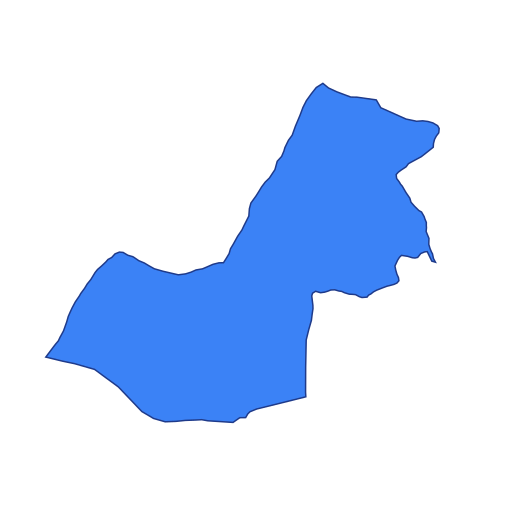 Etsako East, Edo, Nigeria, rotated 106°
{"feature_id": "59680162B2904770846082", "entity_name": "Etsako East", "entity_type": "district", "adm_level": 2, "iso_a3": "NGA", "parent_name": "Nigeria", "parent_adm1": "Edo", "projection": "albers", "projection_center": [6.475, 7.187], "detail": "fine", "context": "isolated", "style": "filled", "palette": "blue", "viewbox_px": 512, "rotation_deg": 106, "n_neighbors": 0, "source": "geoboundaries", "source_scale": "gbopen_adm2", "svg_char_len": 2759}
<svg xmlns="http://www.w3.org/2000/svg" viewBox="0 0 512 512"><g transform="rotate(106 256 256)"><path d="M440.4,308.1L440.4,297.6L437.0,287.3L433.5,278.6L430.5,269.4L428.3,263.0L427.7,257.0L422.3,232.2L419.8,230.2L415.9,227.0L414.2,221.4L410.1,220.4L407.4,218.9L402.9,213.2L383.7,179.8L377.6,169.3L373.3,170.8L348.9,177.7L322.9,184.6L312.3,185.0L305.1,185.0L302.6,185.0L297.0,185.9L291.0,186.7L287.8,187.7L279.0,191.4L276.2,191.4L273.5,189.0L273.5,183.8L271.8,180.0L269.9,177.1L268.1,174.8L266.8,171.0L266.8,166.7L266.4,163.9L266.9,161.1L267.0,155.9L266.3,152.9L265.7,149.7L266.1,147.8L266.6,145.5L266.7,142.7L264.9,137.9L262.6,137.0L260.8,135.1L258.0,133.1L255.6,130.6L251.7,125.5L248.9,121.7L247.6,119.4L245.3,115.6L243.2,113.1L240.4,111.8L237.5,113.1L234.7,115.5L231.0,117.8L227.3,119.7L220.9,118.7L217.6,117.7L215.3,116.3L214.5,110.1L214.6,105.4L214.1,102.6L212.8,100.2L208.2,98.3L205.5,94.9L204.6,92.6L212.5,85.6L212.5,81.8L209.5,84.7L205.2,87.0L203.7,88.5L200.8,90.8L197.2,93.1L191.4,94.6L188.5,96.9L185.6,99.2L181.9,99.9L179.7,100.7L176.8,101.5L173.9,103.8L171.7,105.3L168.1,109.0L167.4,112.0L164.5,117.3L161.6,121.8L158.0,124.1L153.6,129.4L148.5,134.7L147.1,136.9L145.6,138.4L142.7,142.2L139.1,143.7L136.2,142.3L133.2,140.0L128.9,136.3L125.2,134.9L123.0,132.7L118.6,128.2L115.0,124.5L109.9,120.8L102.6,115.6L98.9,116.4L94.6,116.5L90.9,115.7L87.3,114.3L85.8,114.5L82.9,115.1L80.7,117.3L79.3,122.6L79.3,127.8L80.1,133.0L82.3,139.0L82.3,140.3L83.0,149.5L79.1,176.9L72.8,183.4L75.5,202.7L77.1,208.7L75.9,223.6L74.5,232.6L71.6,239.3L77.4,244.5L84.7,247.5L92.8,250.4L96.5,251.1L97.8,251.4L98.7,251.5L100.0,251.8L108.8,252.5L114.6,253.2L120.4,253.9L129.9,254.5L135.8,256.7L143.8,258.1L147.4,258.1L153.2,258.8L159.1,261.7L167.8,261.6L170.3,262.4L177.3,264.6L182.4,267.5L188.2,269.7L193.4,271.1L198.5,272.6L206.5,275.5L212.3,275.4L219.6,273.9L226.9,275.3L230.6,276.0L234.9,276.7L241.5,278.9L243.0,279.3L250.9,281.1L256.0,282.5L261.1,282.5L266.3,283.9L271.4,285.4L272.8,289.8L275.8,295.0L280.1,300.2L283.1,303.9L285.4,308.7L286.0,309.9L289.7,314.3L289.8,314.6L290.1,315.0L291.1,316.5L292.6,318.8L295.5,325.5L296.3,341.2L296.3,345.0L296.3,348.3L296.3,350.2L294.9,356.2L293.5,361.4L292.8,367.4L291.0,372.8L290.6,374.2L290.6,376.8L290.6,379.4L289.2,384.7L289.9,388.4L292.8,392.1L297.2,394.3L300.1,397.3L303.1,398.7L308.2,401.7L312.6,404.6L316.2,406.1L324.2,408.3L326.3,409.2L329.3,410.5L334.4,411.9L340.3,414.1L343.2,414.8L349.8,417.0L356.3,418.4L360.7,419.1L365.8,419.8L371.6,419.8L381.1,420.4L387.0,421.7L387.7,421.9L392.1,422.6L395.8,424.3L399.1,425.6L411.1,430.2L410.5,415.2L410.4,412.9L409.5,400.7L409.5,379.9L414.8,365.7L419.8,352.2L436.3,324.0L437.0,322.8L439.7,312.3L440.4,309.8L440.4,308.1Z" fill="#3b82f6" stroke="#1e3a8a" stroke-width="1.5"/></g></svg>